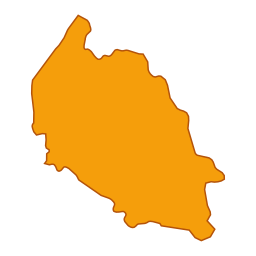 Verona, Natural Earth projection
{"feature_id": "ITA-5464", "entity_name": "Verona", "entity_type": "Province", "adm_level": 1, "iso_a3": "ITA", "parent_name": "Italy", "parent_adm1": "", "projection": "natural_earth1", "projection_center": [11.016, 45.444], "detail": "fine", "context": "isolated", "style": "filled", "palette": "amber", "viewbox_px": 256, "rotation_deg": 0, "n_neighbors": 0, "source": "natural_earth", "source_scale": "10m", "svg_char_len": 2302}
<svg xmlns="http://www.w3.org/2000/svg" viewBox="0 0 256 256"><path d="M143.1,54.1L147.7,61.9L148.2,69.8L149.0,71.9L150.2,73.8L151.7,75.3L153.2,76.5L155.2,77.0L158.8,76.0L160.9,76.2L165.3,79.8L167.5,85.3L170.1,98.0L177.2,108.5L180.3,110.1L183.6,111.1L186.6,112.8L188.5,116.4L188.7,120.4L187.9,128.5L195.1,152.9L196.1,154.4L197.4,155.3L209.1,157.9L211.8,159.8L213.2,162.1L215.1,167.4L216.7,169.2L222.2,172.7L224.2,175.5L224.3,179.2L221.3,180.9L217.9,181.8L214.4,182.1L211.1,181.7L205.8,183.1L204.6,189.5L207.4,205.5L210.2,211.9L210.5,214.8L208.7,217.9L208.4,218.6L207.1,220.8L214.8,229.2L210.4,236.8L201.3,240.6L195.1,237.6L189.2,230.1L161.3,225.8L159.9,223.5L152.9,221.6L150.4,221.3L148.7,221.5L147.8,222.1L146.6,222.8L144.9,223.4L138.3,224.0L137.5,224.4L136.6,225.2L135.7,226.2L134.1,227.3L132.5,227.5L131.0,227.2L129.2,226.3L128.1,225.5L125.4,222.3L124.8,221.5L124.4,220.5L124.2,219.5L124.3,218.5L124.7,217.5L125.7,215.8L126.0,214.7L125.7,213.4L124.6,212.1L123.5,211.5L122.2,211.5L119.1,212.0L116.3,212.1L114.9,211.7L113.8,211.2L113.5,210.6L113.3,210.0L113.2,209.1L113.3,208.2L113.5,207.5L114.3,205.6L114.5,204.9L114.6,204.0L114.3,202.9L113.6,201.9L111.8,200.0L110.5,199.0L108.7,198.1L101.1,195.4L78.9,180.0L78.4,179.2L77.1,176.5L76.0,174.9L68.9,168.5L66.7,167.3L64.9,166.8L63.9,167.1L63.2,167.8L62.0,169.3L61.3,170.1L60.4,170.7L59.0,171.2L58.1,170.9L57.3,170.4L56.8,169.5L56.0,167.4L55.4,166.2L54.3,164.7L53.0,164.2L51.8,164.2L49.4,164.8L44.6,163.5L46.6,160.8L46.7,153.8L49.2,151.7L49.2,149.9L46.3,148.0L45.6,145.6L46.1,139.9L45.7,133.9L42.3,133.6L36.5,135.0L36.4,134.9L33.8,131.8L32.7,128.7L32.2,126.6L32.3,125.1L33.2,123.4L33.7,123.0L33.9,112.2L31.7,93.5L31.9,85.5L32.6,80.1L55.6,49.0L59.0,45.4L64.1,37.8L67.5,30.2L68.6,28.4L78.2,15.4L87.2,20.3L88.1,21.5L89.3,23.4L89.7,25.3L90.6,28.0L90.8,29.8L90.5,31.0L89.8,31.7L86.9,34.5L86.4,35.3L85.9,36.3L85.6,37.3L85.3,38.3L85.2,39.4L85.2,39.5L84.1,45.1L84.0,47.6L84.5,48.8L85.4,49.4L87.7,49.1L89.3,49.9L91.3,51.6L94.5,56.1L96.4,58.1L97.9,59.2L99.1,59.3L100.2,59.0L101.1,58.5L101.8,57.8L103.0,56.2L103.8,55.7L104.9,55.4L108.7,56.3L109.6,56.1L110.5,55.6L111.3,55.0L111.9,54.3L114.9,50.3L116.0,49.8L117.3,49.6L119.9,50.4L121.6,50.8L123.2,50.8L125.5,50.3L126.6,50.2L127.9,50.4L139.1,53.9L143.1,54.1Z" fill="#f59e0b" stroke="#b45309" stroke-width="1.5"/></svg>